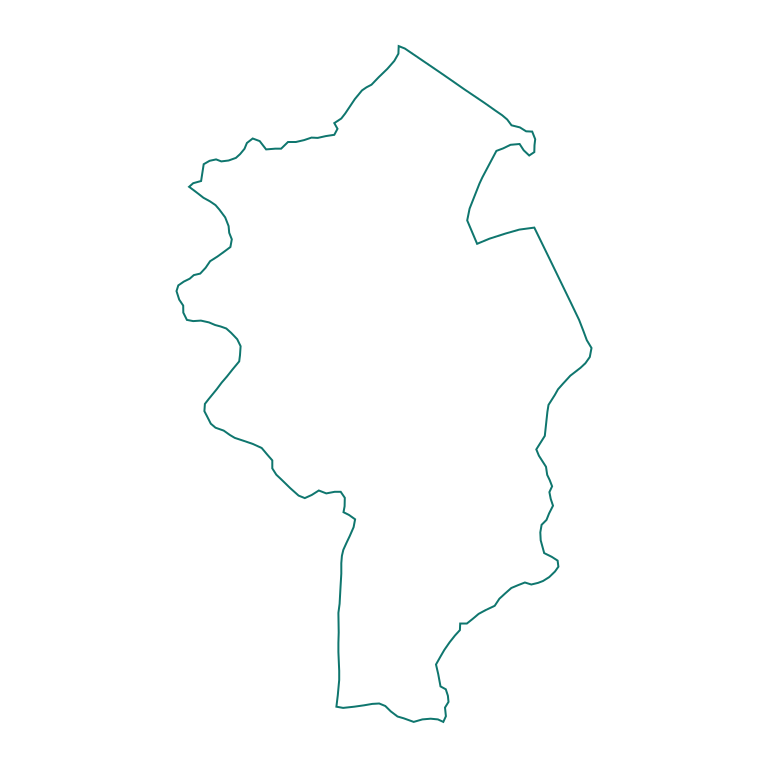 the district of Duque de Caxias, Rio de Janeiro, Brazil
{"feature_id": "56859067B40218496902561", "entity_name": "Duque de Caxias", "entity_type": "district", "adm_level": 2, "iso_a3": "BRA", "parent_name": "Brazil", "parent_adm1": "Rio de Janeiro", "projection": "mercator", "projection_center": [-43.309, -22.642], "detail": "fine", "context": "isolated", "style": "outline", "palette": "teal", "viewbox_px": 768, "rotation_deg": 0, "n_neighbors": 0, "source": "geoboundaries", "source_scale": "gbopen_adm2", "svg_char_len": 2934}
<svg xmlns="http://www.w3.org/2000/svg" viewBox="0 0 768 768"><path d="M338.4,612.9L338.7,632.4L338.4,642.9L338.4,652.0L338.8,661.5L339.2,670.8L339.2,680.0L338.4,688.6L337.8,695.2L336.4,706.7L343.1,707.9L354.2,706.7L364.1,705.3L372.3,703.9L379.2,703.5L385.3,706.0L390.8,711.4L397.5,716.5L403.7,718.3L413.7,721.9L422.4,719.4L430.6,718.7L437.9,719.4L443.3,721.9L445.9,716.2L445.0,707.6L448.5,701.9L447.9,695.8L445.8,689.3L440.5,686.4L438.2,674.0L436.0,664.5L440.5,656.5L444.4,649.8L449.6,642.3L454.9,635.6L459.9,630.1L460.2,623.5L466.9,623.5L472.8,618.8L478.6,613.9L485.6,610.1L494.7,605.8L499.4,598.7L505.2,593.4L511.3,588.0L518.2,585.1L524.9,582.5L531.3,584.5L538.0,582.9L543.0,581.0L549.2,577.1L555.0,571.5L558.4,566.7L557.6,560.6L551.7,556.8L544.2,553.1L540.7,540.3L540.3,532.4L541.6,524.8L546.5,519.9L549.1,513.4L553.0,505.7L550.7,498.8L549.4,492.1L552.1,486.3L549.7,480.1L547.2,474.9L546.0,466.8L538.9,455.7L536.3,449.4L544.8,435.9L547.4,411.8L548.5,404.9L554.8,395.0L558.0,389.3L562.7,384.0L570.3,375.7L580.5,367.8L585.5,363.1L589.8,357.0L591.5,348.0L586.8,340.2L583.4,331.0L579.1,319.9L575.4,312.2L570.9,302.8L549.4,258.5L534.3,227.6L519.3,229.6L505.3,233.6L489.4,238.7L477.1,243.8L467.2,220.4L469.6,208.6L479.5,183.5L482.4,177.3L496.4,150.9L503.1,148.4L510.5,144.8L519.6,144.0L523.7,150.3L529.2,155.5L534.3,152.1L534.5,145.2L535.2,139.2L532.2,131.6L526.1,131.3L519.9,127.4L511.5,125.3L507.2,119.5L502.1,115.2L495.4,110.6L484.2,102.7L464.6,89.5L449.1,78.7L438.5,71.4L404.8,48.5L398.7,46.1L398.4,53.7L394.3,60.9L387.3,68.9L378.8,77.1L371.5,84.7L366.5,87.3L362.0,90.4L354.9,99.0L345.2,113.5L341.3,118.5L334.3,123.1L337.5,128.8L334.3,134.8L325.8,136.1L317.7,137.9L311.5,137.6L304.1,140.1L295.9,142.0L288.0,142.0L281.1,148.7L274.9,148.7L266.1,149.4L259.7,141.1L252.7,138.5L246.9,143.0L244.5,148.8L240.1,154.1L235.9,157.9L228.6,160.5L221.3,161.4L216.1,159.4L209.6,160.8L203.7,164.2L201.1,181.0L193.2,183.2L189.1,186.8L195.9,191.9L203.5,197.8L209.9,201.3L215.5,205.1L219.3,209.5L225.2,217.4L228.6,226.1L229.2,232.8L231.8,239.3L230.4,247.0L224.8,251.2L217.5,256.5L210.1,261.2L205.6,267.8L200.2,273.6L193.8,275.1L189.7,278.7L183.8,281.6L178.3,285.4L176.5,291.1L179.2,299.6L183.2,305.6L183.3,312.6L186.9,319.9L193.2,321.1L200.9,320.6L209.0,322.4L215.1,325.0L220.7,326.5L226.3,328.5L231.2,332.9L237.2,339.2L240.6,346.2L240.0,355.1L239.2,361.4L232.4,369.6L227.1,376.3L221.6,382.7L216.9,389.0L212.5,394.4L208.8,398.9L204.9,403.9L204.4,411.2L207.5,417.2L210.8,423.7L215.5,427.7L223.7,430.6L229.9,435.0L234.8,437.9L243.3,440.7L252.7,443.9L261.7,448.0L267.0,454.3L272.3,460.4L272.3,468.4L276.3,474.7L281.9,480.0L290.2,488.1L298.6,495.6L304.8,498.1L311.7,495.0L318.8,490.5L326.3,493.4L334.7,491.8L340.7,491.8L344.8,497.8L344.6,506.3L343.5,512.2L348.9,514.9L355.1,519.3L353.6,527.2L349.8,535.9L346.6,542.6L343.3,549.9L341.9,555.9L341.3,563.2L341.3,573.7L340.5,587.3L339.6,603.8L338.4,612.9Z" fill="none" stroke="#0f766e" stroke-width="2"/></svg>